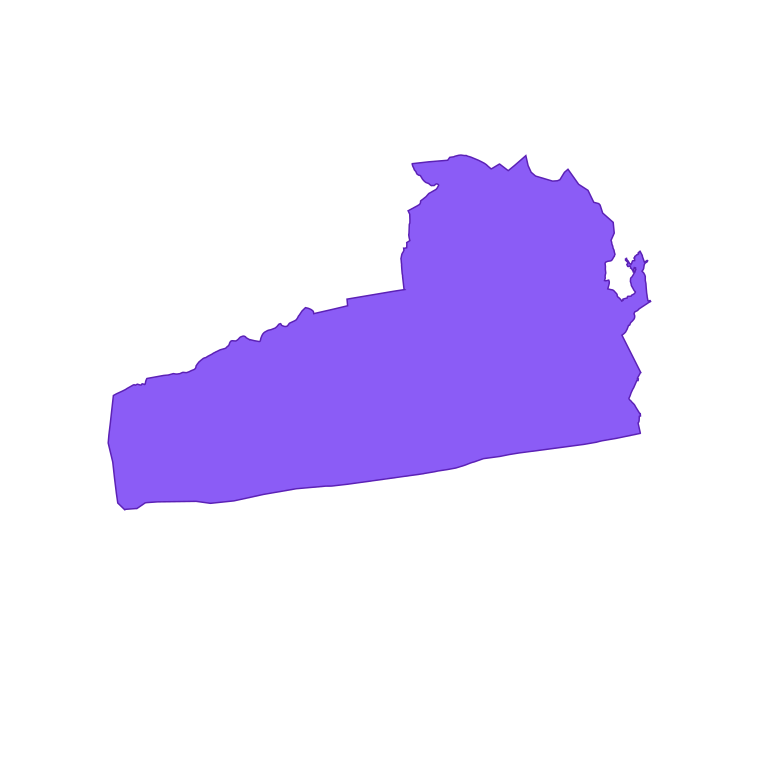 outline of Isaccea, Tulcea, Romania, rotated 149°
{"feature_id": "2599482B37451561707315", "entity_name": "Isaccea", "entity_type": "district", "adm_level": 2, "iso_a3": "ROU", "parent_name": "Romania", "parent_adm1": "Tulcea", "projection": "natural_earth1", "projection_center": [28.418, 45.256], "detail": "fine", "context": "isolated", "style": "filled", "palette": "violet", "viewbox_px": 768, "rotation_deg": 149, "n_neighbors": 0, "source": "geoboundaries", "source_scale": "gbopen_adm2", "svg_char_len": 6115}
<svg xmlns="http://www.w3.org/2000/svg" viewBox="0 0 768 768"><g transform="rotate(149 384 384)"><path d="M671.0,409.7L669.9,409.6L660.4,404.8L660.1,404.5L649.9,405.1L648.4,404.5L638.8,399.6L605.5,380.2L594.2,371.1L572.8,361.1L544.1,351.4L513.1,339.4L486.6,326.5L481.5,323.5L466.5,316.7L396.4,286.8L395.4,286.5L385.7,282.7L382.7,281.7L373.7,278.0L365.7,275.0L356.3,272.7L350.9,271.8L348.6,271.3L346.6,270.7L344.5,270.3L337.2,268.8L321.9,262.2L313.2,259.1L303.9,255.4L243.8,229.3L231.9,224.7L228.4,223.7L226.3,223.0L212.4,217.6L189.8,209.7L189.6,209.8L186.3,219.7L185.0,220.3L183.9,221.6L181.8,224.8L180.6,224.5L179.6,226.6L180.0,226.8L180.1,234.4L180.0,237.1L180.3,238.8L180.8,240.4L181.0,242.0L181.6,244.0L181.6,245.2L181.4,245.6L179.2,247.1L176.7,249.2L173.6,251.3L171.9,252.2L165.6,256.7L164.4,256.1L163.4,257.4L164.2,257.9L163.7,258.5L159.7,260.8L158.2,261.8L158.0,261.7L154.9,303.3L152.1,303.6L150.2,304.1L147.3,305.8L144.2,308.3L143.8,308.0L143.0,308.0L141.1,309.5L138.5,310.1L136.2,310.9L135.1,311.7L134.2,312.9L133.8,313.8L133.6,315.0L133.3,315.7L131.7,316.7L129.4,316.4L128.4,316.5L126.7,317.0L115.1,317.5L113.0,317.4L112.9,318.4L113.5,318.7L114.5,318.8L114.8,319.2L114.8,319.6L113.5,323.2L112.9,324.4L112.0,326.7L109.4,332.0L107.8,335.1L106.7,338.2L104.6,341.7L104.3,343.3L104.2,345.6L104.4,346.2L104.7,347.8L103.0,348.5L102.0,349.2L99.7,352.0L98.5,352.9L97.2,353.2L96.0,353.1L95.0,353.5L94.5,354.0L94.8,354.4L97.0,354.3L98.0,354.5L96.9,359.9L96.4,361.2L96.1,365.9L96.8,366.0L97.3,365.6L98.1,365.6L98.7,365.4L98.8,365.2L98.6,364.9L98.6,364.6L99.6,364.3L101.0,364.6L101.6,364.3L103.3,364.2L103.5,363.7L104.1,363.4L104.6,363.4L104.8,363.1L104.4,362.9L105.6,360.7L107.3,361.5L107.8,361.4L109.7,359.8L110.2,359.8L110.7,359.3L111.0,359.7L111.4,361.0L111.4,363.9L111.6,364.3L111.7,365.7L111.7,366.0L111.4,366.8L111.6,366.9L112.0,366.7L112.7,366.7L112.9,366.0L113.2,365.7L112.9,364.8L112.8,363.9L112.3,363.2L112.2,362.8L113.3,361.5L114.2,361.5L114.4,360.7L114.5,359.8L114.5,359.3L114.2,358.9L112.4,358.5L112.2,358.3L112.5,357.0L113.0,356.4L112.5,355.7L112.4,354.2L112.4,352.6L112.7,351.6L112.5,351.4L112.1,351.5L111.0,353.5L109.5,354.9L108.6,354.1L109.4,353.3L109.0,352.7L111.5,350.6L112.9,350.0L113.8,349.4L116.3,348.1L117.5,347.9L118.3,347.4L120.0,345.0L120.6,342.6L121.3,340.9L121.3,339.2L121.4,338.3L121.3,337.9L121.4,336.7L121.5,336.3L121.3,334.4L121.0,333.7L121.1,333.4L121.7,333.0L122.8,332.6L123.7,332.4L125.6,332.6L126.2,332.5L126.7,332.1L127.6,332.3L129.9,333.6L130.3,333.5L131.2,332.5L134.7,333.5L135.7,333.6L136.0,332.6L137.5,332.6L137.5,333.8L138.0,336.3L138.7,338.2L138.8,338.7L138.6,339.7L138.2,340.4L138.1,340.9L138.1,341.6L139.0,345.9L139.6,346.9L141.5,348.6L143.2,350.3L140.2,353.1L139.0,354.4L138.3,355.5L138.0,356.6L137.9,357.3L140.7,358.2L141.7,359.1L139.8,360.8L139.2,362.1L138.8,362.7L137.9,363.8L137.1,364.5L136.7,365.0L135.2,368.3L133.6,370.8L132.4,373.5L131.8,374.0L131.3,374.2L129.9,374.1L128.9,373.9L126.6,372.9L125.5,372.7L124.4,373.0L121.5,374.6L120.8,374.8L120.3,375.4L119.2,376.2L118.7,378.2L117.9,380.3L117.7,382.4L116.9,384.5L116.7,386.0L116.3,387.3L115.8,388.3L115.4,390.2L108.9,394.8L104.3,404.5L108.5,417.9L106.6,426.1L107.0,428.0L110.6,431.7L109.4,444.9L114.3,454.9L115.7,473.3L120.3,472.5L128.0,468.5L130.7,468.9L135.0,471.1L147.0,484.2L148.8,489.7L148.0,497.0L144.8,506.7L159.5,504.1L167.6,502.9L167.7,503.0L168.7,505.6L171.5,512.7L171.8,513.1L180.9,513.1L181.4,513.3L182.7,517.1L183.3,519.3L184.3,521.5L185.8,524.0L187.7,527.0L192.5,533.5L193.6,534.8L194.9,536.1L195.8,537.5L197.4,538.4L200.1,540.6L202.2,541.6L205.9,542.7L207.1,542.8L210.9,544.4L214.2,543.0L231.0,551.3L246.3,558.3L246.7,557.7L247.2,555.6L247.3,553.9L247.7,552.0L247.3,549.7L247.6,547.4L247.5,546.7L246.7,545.1L245.8,544.3L245.5,543.8L245.5,539.8L245.2,537.8L244.7,536.1L244.2,535.0L242.5,532.9L241.6,530.3L241.2,529.6L240.1,529.1L238.9,528.3L236.6,528.6L235.9,528.5L235.4,528.1L234.9,527.4L234.7,526.6L234.8,526.3L235.2,525.9L237.9,524.4L239.2,524.0L247.5,524.2L251.6,522.9L258.1,522.1L258.4,522.0L259.1,520.9L259.6,520.4L260.4,519.9L261.3,519.6L264.1,519.6L274.1,520.1L274.5,516.3L277.2,511.4L278.9,508.7L280.0,507.9L280.5,507.2L281.0,506.4L284.9,500.4L286.0,499.1L287.0,496.7L288.0,493.6L291.7,493.5L292.4,492.1L294.4,489.1L296.4,489.8L297.2,490.3L298.1,488.3L299.6,487.3L301.2,486.5L302.1,485.8L305.0,482.6L305.4,481.5L306.8,478.7L307.1,477.8L307.8,476.7L308.9,474.6L311.4,469.6L312.3,467.2L312.8,466.4L317.9,455.2L317.6,454.3L327.9,458.5L372.0,475.8L374.9,469.8L389.4,474.4L408.0,480.5L407.5,481.7L407.2,482.7L407.5,483.9L408.1,485.3L409.0,486.7L410.1,488.1L412.0,489.9L416.7,488.8L421.1,486.7L422.3,486.3L424.0,485.2L425.7,484.4L426.6,484.2L428.0,484.2L433.7,484.8L434.3,484.6L436.8,483.5L437.5,483.6L438.5,483.8L440.0,484.9L441.6,487.1L441.6,487.5L441.4,488.3L441.7,489.1L443.3,489.4L446.1,488.4L448.3,488.0L453.0,488.8L454.9,489.5L456.3,489.8L459.8,489.9L460.8,489.7L462.3,489.2L463.8,488.3L465.9,486.7L467.7,484.8L468.2,484.6L468.6,484.5L469.1,484.7L469.8,485.3L472.6,487.7L476.3,491.3L476.4,491.2L478.3,494.7L478.4,495.8L478.6,496.0L478.8,496.5L479.5,497.3L480.3,497.7L481.2,497.9L482.8,498.2L483.7,498.1L486.0,497.4L487.3,497.2L488.7,497.2L489.2,497.4L492.0,499.4L493.4,499.6L494.1,499.3L495.3,498.6L496.2,497.7L496.9,497.3L497.8,496.9L499.1,496.8L500.9,496.3L501.8,496.3L506.9,497.7L510.7,498.0L512.1,498.2L512.4,498.1L514.1,498.3L516.3,498.2L520.9,498.5L523.0,498.4L524.7,498.9L525.8,499.0L529.7,498.5L530.6,498.2L531.0,498.3L533.6,497.3L535.9,496.2L536.2,495.7L536.7,495.2L537.6,494.5L539.0,494.2L542.2,494.7L544.8,494.9L547.3,495.4L548.1,495.9L550.1,497.4L550.8,497.7L553.6,498.0L556.2,499.1L557.2,499.7L559.2,501.4L564.3,502.8L568.4,504.8L584.3,510.8L584.5,510.8L586.1,509.7L587.2,508.7L588.6,507.0L589.3,507.2L589.5,507.0L590.7,508.3L591.2,508.7L591.5,508.7L592.4,508.3L592.8,508.3L593.3,508.6L594.0,509.2L595.3,510.7L595.6,510.9L597.8,511.1L598.6,512.1L599.5,512.3L606.4,512.5L608.5,512.4L612.2,512.7L618.4,513.4L621.9,513.5L639.3,490.7L646.0,482.1L650.8,475.5L656.7,456.8L663.2,442.7L669.8,427.9L673.5,419.1L671.0,409.7Z" fill="#8b5cf6" stroke="#5b21b6" stroke-width="1.5"/></g></svg>